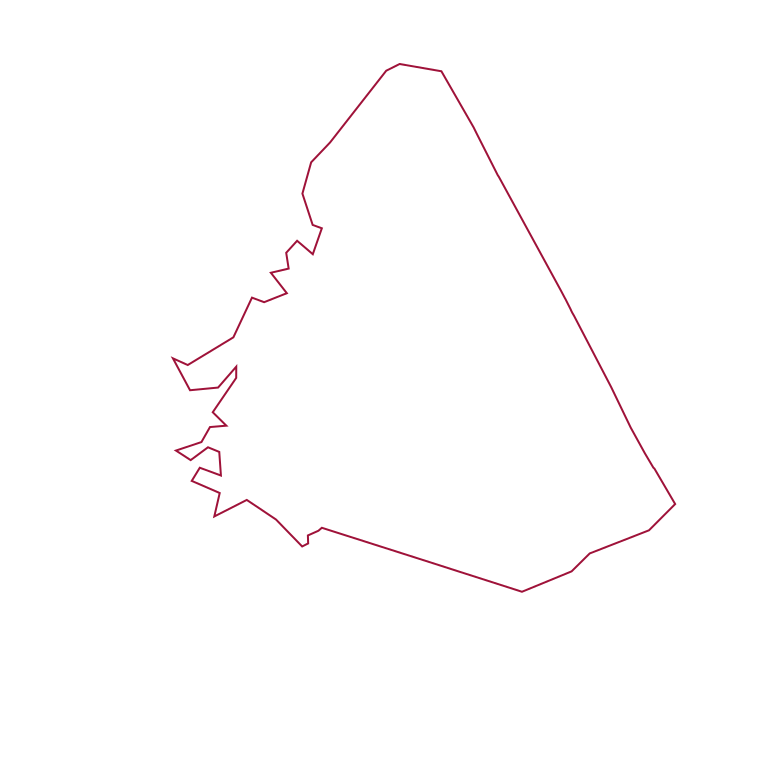 Allen, Kentucky, United States of America (Albers equal-area conic projection), rotated 238°
{"feature_id": "52423323B44643882159526", "entity_name": "Allen", "entity_type": "district", "adm_level": 2, "iso_a3": "USA", "parent_name": "United States of America", "parent_adm1": "Kentucky", "projection": "albers", "projection_center": [-86.16, 36.781], "detail": "fine", "context": "isolated", "style": "outline", "palette": "rose", "viewbox_px": 768, "rotation_deg": 238, "n_neighbors": 0, "source": "geoboundaries", "source_scale": "gbopen_adm2", "svg_char_len": 982}
<svg xmlns="http://www.w3.org/2000/svg" viewBox="0 0 768 768"><g transform="rotate(238 384 384)"><path d="M618.8,598.4L647.1,566.8L648.5,551.9L617.4,466.2L610.6,439.7L588.7,415.7L556.7,407.8L549.0,413.8L531.8,392.4L551.5,386.2L547.1,370.6L532.4,364.3L538.3,347.0L512.5,349.7L516.9,325.7L527.2,317.8L503.4,281.0L504.1,227.6L517.6,218.6L481.5,216.2L468.9,241.4L477.0,267.9L467.5,261.9L450.8,223.8L432.2,228.2L439.7,213.6L431.5,198.4L437.8,172.3L421.9,179.7L423.6,201.2L413.7,208.3L392.8,197.2L410.6,183.4L403.7,169.6L378.6,186.9L361.6,169.9L358.4,206.2L326.3,220.6L289.6,228.5L289.0,235.2L295.9,239.2L294.3,250.6L295.0,255.1L281.8,266.3L219.0,319.6L134.7,390.9L125.7,443.8L131.3,468.7L119.5,531.2L127.9,567.3L169.0,568.5L170.3,568.1L186.9,568.5L216.2,570.1L260.9,575.0L341.2,581.3L344.6,581.4L347.7,581.7L347.9,581.8L360.0,582.9L360.7,582.9L368.9,583.5L499.2,591.2L500.6,591.1L548.3,595.4L554.2,596.0L554.6,596.0L618.8,598.4Z" fill="none" stroke="#9f1239" stroke-width="2"/></g></svg>